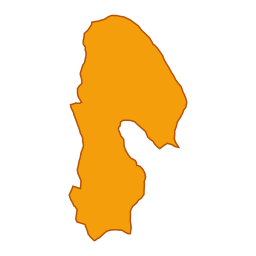 Kabba/Bunu, Kogi, Nigeria
{"feature_id": "59680162B92155854422456", "entity_name": "Kabba/Bunu", "entity_type": "district", "adm_level": 2, "iso_a3": "NGA", "parent_name": "Nigeria", "parent_adm1": "Kogi", "projection": "natural_earth1", "projection_center": [6.213, 8.074], "detail": "fine", "context": "isolated", "style": "filled", "palette": "amber", "viewbox_px": 256, "rotation_deg": 0, "n_neighbors": 0, "source": "geoboundaries", "source_scale": "gbopen_adm2", "svg_char_len": 2381}
<svg xmlns="http://www.w3.org/2000/svg" viewBox="0 0 256 256"><path d="M84.3,33.5L84.1,36.8L83.3,40.5L83.1,42.8L83.5,44.5L85.4,47.3L85.2,50.3L86.0,52.2L86.0,54.3L86.0,55.7L84.9,60.6L84.5,62.5L82.9,65.1L81.9,67.9L81.3,70.0L80.7,71.9L80.3,73.1L80.3,74.5L81.5,78.7L81.9,82.2L81.9,83.6L79.5,85.7L77.5,88.5L77.5,91.5L77.5,93.7L78.3,96.9L80.7,100.9L81.5,102.3L79.7,103.3L78.3,103.3L75.9,103.0L73.3,104.0L72.4,104.2L71.2,104.5L70.5,104.7L70.7,105.7L71.0,107.5L73.3,112.2L74.3,115.7L76.5,121.3L77.7,124.8L79.5,129.7L80.3,133.0L82.5,137.2L82.9,142.4L83.1,143.1L83.5,145.6L82.7,148.4L81.1,152.7L80.1,158.0L79.4,160.2L79.1,161.1L78.1,166.5L77.7,167.9L77.3,169.3L77.7,172.8L81.0,180.6L80.8,185.4L80.4,188.6L73.0,186.2L72.6,187.3L72.1,188.6L70.8,191.5L69.2,195.0L71.0,200.2L71.4,200.6L72.4,202.5L74.0,206.0L75.3,206.7L75.7,207.4L77.1,209.6L75.8,219.1L77.1,222.0L85.0,224.4L85.6,226.4L87.2,230.4L87.8,232.5L88.2,234.1L90.4,236.9L93.0,239.5L94.1,240.6L95.4,240.3L97.1,238.8L99.2,237.8L103.4,234.0L106.6,231.3L110.0,230.2L114.3,229.7L121.9,230.2L124.4,231.8L128.0,233.7L130.3,233.7L130.7,230.8L130.9,229.7L131.2,227.1L130.5,222.6L130.3,220.2L130.5,213.8L130.3,211.7L131.2,209.1L132.6,206.4L136.9,202.7L137.9,200.9L138.3,200.3L141.5,198.0L142.0,197.2L144.0,194.3L144.0,190.8L144.4,185.0L144.2,181.6L144.9,179.7L145.6,177.1L144.9,173.4L143.0,169.6L140.3,166.5L138.5,165.9L136.7,165.4L136.4,162.5L135.1,160.4L133.2,159.3L130.7,158.0L128.2,154.8L125.5,150.1L124.1,146.1L123.9,143.2L123.7,139.5L122.8,138.2L120.9,136.0L120.3,134.2L118.4,129.4L118.7,127.3L120.0,126.0L120.3,123.9L120.7,121.8L123.0,120.4L126.2,120.2L130.3,120.4L134.8,121.8L136.9,123.9L141.0,127.6L145.5,131.5L147.8,137.1L150.3,139.5L153.1,141.3L154.4,143.7L157.4,146.9L159.9,148.7L163.1,146.0L167.4,143.3L171.8,144.6L175.1,146.6L178.8,147.4L175.6,142.4L174.3,139.0L174.7,135.0L174.7,131.0L176.1,127.0L177.2,122.3L180.4,117.3L182.7,113.0L183.8,109.8L184.2,109.4L185.7,107.5L186.8,102.2L185.7,98.2L184.5,95.0L183.1,92.4L181.1,86.6L178.1,83.1L175.4,79.4L173.8,76.0L171.5,72.5L169.0,67.8L166.0,63.0L163.8,59.0L162.9,56.4L162.3,55.2L161.9,54.5L160.6,52.7L159.4,51.1L157.6,48.4L154.7,45.3L153.1,44.2L151.7,41.6L149.6,37.9L144.6,33.1L141.7,30.4L138.3,25.9L130.3,19.9L123.7,16.9L119.3,16.2L117.1,15.6L111.6,15.4L108.2,16.9L104.3,19.3L97.9,21.2L91.9,22.1L91.4,25.0L88.0,30.0L84.3,33.5Z" fill="#f59e0b" stroke="#b45309" stroke-width="1.5"/></svg>